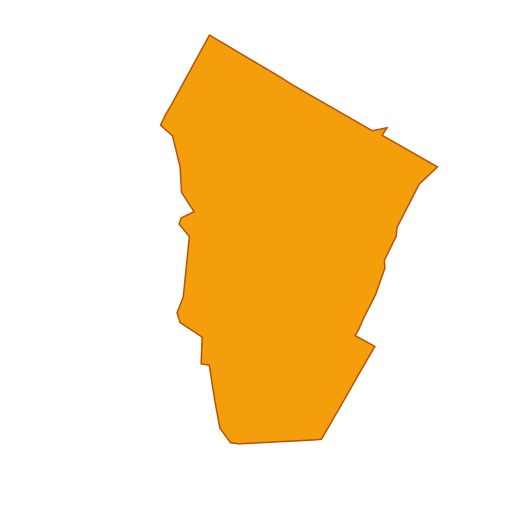 Douglas, Georgia, United States of America, rotated 119°
{"feature_id": "52423323B77615738086539", "entity_name": "Douglas", "entity_type": "district", "adm_level": 2, "iso_a3": "USA", "parent_name": "United States of America", "parent_adm1": "Georgia", "projection": "orthographic", "projection_center": [-84.755, 33.69], "detail": "fine", "context": "isolated", "style": "filled", "palette": "amber", "viewbox_px": 512, "rotation_deg": 119, "n_neighbors": 0, "source": "geoboundaries", "source_scale": "gbopen_adm2", "svg_char_len": 680}
<svg xmlns="http://www.w3.org/2000/svg" viewBox="0 0 512 512"><g transform="rotate(119 256 256)"><path d="M187.9,403.0L191.3,387.3L215.0,365.5L236.4,352.0L247.3,331.7L258.9,339.9L265.3,338.8L271.3,323.7L327.2,299.7L343.8,297.6L351.0,290.2L353.0,263.8L376.9,251.7L374.2,243.9L403.2,221.3L424.0,204.2L431.7,187.7L428.5,179.7L387.4,114.0L384.5,109.9L345.4,109.2L309.3,108.8L277.5,108.2L277.5,130.6L270.3,130.6L259.2,131.7L231.7,132.7L204.2,137.4L197.6,141.6L170.4,143.0L162.9,146.5L113.9,148.1L90.1,140.5L89.3,204.1L80.3,203.6L90.1,215.0L88.7,306.5L87.8,320.6L85.4,403.8L105.4,403.7L165.5,403.3L174.6,403.6L187.9,403.0Z" fill="#f59e0b" stroke="#b45309" stroke-width="1.5"/></g></svg>